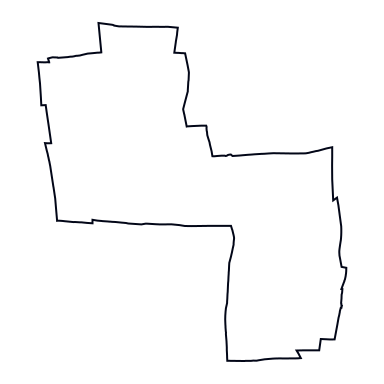 Baneasa, Galati, Romania (Robinson projection)
{"feature_id": "2599482B61447316542835", "entity_name": "Baneasa", "entity_type": "district", "adm_level": 2, "iso_a3": "ROU", "parent_name": "Romania", "parent_adm1": "Galati", "projection": "robinson", "projection_center": [27.977, 45.93], "detail": "fine", "context": "isolated", "style": "outline", "palette": "ink", "viewbox_px": 384, "rotation_deg": 0, "n_neighbors": 0, "source": "geoboundaries", "source_scale": "gbopen_adm2", "svg_char_len": 4388}
<svg xmlns="http://www.w3.org/2000/svg" viewBox="0 0 384 384"><path d="M338.8,316.8L339.0,316.0L339.2,315.2L339.8,312.1L339.8,311.7L340.0,310.7L340.8,307.7L341.4,307.8L341.8,306.0L341.6,306.0L341.3,304.8L341.5,304.2L341.1,303.2L341.5,298.6L341.6,295.5L341.6,294.8L342.1,292.7L342.4,289.1L341.4,289.0L343.8,282.6L344.4,281.1L344.4,280.6L344.9,279.6L345.3,277.8L345.7,275.9L345.8,274.8L346.0,273.8L346.2,271.4L346.3,268.4L346.3,267.8L341.6,266.9L339.8,257.2L339.5,255.7L339.4,254.1L339.3,252.4L339.3,251.1L339.5,249.0L340.1,244.7L340.6,241.5L340.8,240.4L341.0,238.6L341.2,235.6L341.3,232.7L341.3,228.9L341.2,226.2L340.9,224.0L339.9,216.6L338.4,205.3L337.0,197.6L333.2,200.4L332.7,189.9L332.2,179.3L332.1,165.5L332.2,156.3L332.2,147.2L327.6,148.2L326.6,148.4L321.2,149.9L318.0,150.8L315.9,151.1L313.5,151.7L311.1,152.2L308.9,152.8L306.0,153.3L303.9,153.4L302.3,153.4L293.9,153.5L273.2,153.2L268.1,153.5L263.9,153.8L263.1,153.8L261.8,153.9L261.7,153.9L261.0,153.9L254.6,154.3L250.9,154.6L247.9,154.8L242.0,155.3L240.0,155.5L232.6,156.0L232.4,155.9L230.8,154.5L229.1,154.7L227.9,155.0L227.0,155.6L226.2,155.9L225.7,156.0L224.8,155.7L221.2,155.7L217.1,156.0L214.0,156.3L212.4,156.2L211.6,151.3L210.0,144.9L209.5,142.2L208.7,139.8L208.2,138.2L207.3,135.2L207.2,134.3L207.0,131.9L206.7,130.8L206.5,128.3L206.6,126.9L206.5,126.6L206.2,125.7L200.6,125.7L191.8,126.1L187.1,126.4L186.7,126.5L185.5,120.5L184.3,114.4L184.2,114.2L183.2,109.6L183.2,109.2L183.2,108.9L183.4,108.2L184.7,103.1L187.6,92.1L187.8,91.5L187.8,90.2L188.1,85.3L188.3,81.8L188.4,81.2L188.5,80.5L188.6,80.2L188.6,79.8L188.9,72.9L188.9,72.5L188.8,71.7L187.6,65.3L185.1,53.3L184.3,53.3L184.0,53.2L181.5,53.1L181.2,53.1L178.7,52.9L178.2,52.9L175.8,52.8L174.3,52.7L175.8,42.2L175.9,41.2L176.0,40.7L177.0,34.9L177.2,32.4L177.8,27.7L169.0,26.9L167.9,26.8L166.3,26.8L162.5,26.9L157.4,26.8L153.1,26.8L150.0,26.9L148.4,26.9L136.0,26.6L126.7,26.5L119.8,26.4L119.1,26.4L116.5,26.0L115.5,25.8L114.1,25.6L113.9,25.3L112.8,24.9L111.7,24.7L98.5,23.0L99.9,37.6L101.3,52.1L101.3,52.4L98.6,52.7L97.3,52.7L92.3,53.2L90.0,53.4L87.6,53.6L85.1,54.2L82.5,54.8L79.9,55.5L78.1,55.7L77.1,55.8L76.2,55.8L75.7,55.9L74.1,56.3L72.4,56.6L70.2,56.7L67.6,57.1L58.4,57.8L58.2,57.8L57.9,57.8L57.6,57.5L52.5,57.3L48.9,58.2L48.0,58.5L49.2,62.2L49.2,62.3L48.5,62.3L47.8,62.2L45.8,62.3L43.2,62.3L39.9,62.2L38.0,62.2L37.7,62.2L38.9,72.3L39.4,77.8L40.0,83.4L40.9,97.4L41.3,105.3L45.7,105.1L46.7,112.3L48.7,125.8L51.2,143.2L49.0,143.3L46.0,143.2L45.0,143.1L46.7,150.3L47.7,154.0L48.1,156.2L48.4,157.3L48.6,158.3L49.0,160.3L49.3,161.3L50.0,165.0L50.1,165.5L50.2,165.9L53.4,186.8L53.5,187.1L55.2,198.5L56.0,208.1L57.1,220.8L57.7,220.7L58.4,220.7L60.7,220.8L63.0,221.0L64.6,221.2L66.7,221.4L69.7,221.7L71.7,221.9L73.7,222.1L74.8,222.0L77.9,222.2L79.4,222.3L81.0,222.3L83.9,222.6L86.8,222.9L89.7,223.1L92.5,223.3L92.5,219.8L97.3,220.6L99.5,220.8L101.8,221.0L102.4,221.1L105.3,221.3L108.3,221.5L108.9,221.6L109.6,221.6L109.9,221.7L111.0,221.7L111.5,221.8L115.5,222.0L121.4,222.6L126.0,223.0L128.2,223.5L141.4,224.4L145.4,223.7L147.4,223.7L155.5,224.2L159.6,224.4L164.2,224.4L171.3,224.3L179.5,225.1L184.9,226.0L191.9,226.1L206.9,225.9L231.0,225.9L231.7,228.2L232.0,229.2L232.4,230.2L232.6,231.1L233.6,235.2L234.0,237.2L234.1,238.3L234.0,238.8L234.0,239.4L233.9,240.1L233.8,240.9L233.7,242.1L233.6,243.3L233.6,244.7L233.1,246.9L232.8,248.2L231.9,252.6L231.4,254.7L231.0,256.5L229.8,261.0L229.3,262.8L229.1,265.9L229.0,268.2L228.9,270.5L228.7,272.7L228.7,273.6L228.5,276.5L228.3,280.9L228.1,282.9L228.0,284.9L227.8,289.4L227.7,291.9L227.5,294.1L227.3,298.6L227.1,301.7L227.1,302.5L227.1,303.0L226.0,307.9L225.9,308.4L225.8,309.5L225.6,311.2L225.3,315.5L225.2,319.4L225.4,324.9L225.5,326.2L225.5,327.2L225.8,331.4L226.0,332.6L225.9,334.0L226.5,341.2L226.6,343.3L226.8,347.3L226.8,350.1L227.0,353.7L227.0,353.9L227.1,356.4L227.1,357.3L227.2,359.1L227.3,360.8L227.6,360.8L243.5,361.0L244.8,361.0L245.3,360.9L246.0,360.9L246.5,360.9L250.1,360.9L251.7,360.8L253.2,360.6L256.6,360.7L258.5,360.3L264.7,359.3L273.1,358.6L275.5,358.5L279.7,358.4L285.2,358.5L290.7,358.4L293.0,358.4L293.4,358.4L295.1,358.4L296.0,358.4L297.0,358.3L298.3,358.3L299.2,358.2L300.8,358.1L298.6,353.8L296.6,350.5L304.9,350.3L309.4,350.3L319.2,350.3L320.8,339.0L324.9,339.2L328.9,339.4L330.6,339.5L334.6,339.4L337.4,324.4L338.3,319.2L338.6,317.5L338.8,316.8Z" fill="none" stroke="#020617" stroke-width="2"/></svg>